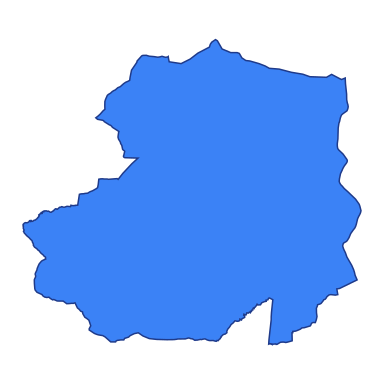 Apata, Brasov, Romania (Equal Earth projection)
{"feature_id": "2599482B72383256366849", "entity_name": "Apata", "entity_type": "district", "adm_level": 2, "iso_a3": "ROU", "parent_name": "Romania", "parent_adm1": "Brasov", "projection": "equal_earth", "projection_center": [25.479, 45.953], "detail": "fine", "context": "isolated", "style": "filled", "palette": "blue", "viewbox_px": 384, "rotation_deg": 0, "n_neighbors": 0, "source": "geoboundaries", "source_scale": "gbopen_adm2", "svg_char_len": 5882}
<svg xmlns="http://www.w3.org/2000/svg" viewBox="0 0 384 384"><path d="M357.1,279.9L355.1,275.2L354.5,272.5L353.6,269.6L351.7,265.3L346.9,257.0L345.4,252.7L343.7,249.2L342.8,246.5L342.7,245.7L343.3,243.5L344.0,242.8L346.0,241.7L346.8,241.1L347.6,240.0L349.0,237.7L350.7,233.6L353.3,229.9L354.7,228.2L355.6,226.4L356.3,224.3L357.6,218.8L358.6,216.6L359.6,214.8L360.5,212.8L361.0,210.7L359.9,206.3L359.2,204.3L355.6,199.2L347.7,191.6L344.2,188.5L342.3,186.2L340.7,184.6L339.7,182.9L339.2,181.4L339.4,179.0L340.5,173.7L342.2,170.1L342.7,168.8L344.2,166.1L346.3,163.3L347.1,161.9L347.3,160.7L347.0,159.6L343.1,154.1L338.7,149.9L337.7,148.5L337.3,145.9L337.3,143.6L337.9,138.9L338.2,128.0L338.9,123.3L339.6,121.4L340.3,118.1L340.9,116.4L341.5,115.0L342.7,113.9L347.0,110.8L347.8,108.8L348.2,106.8L347.9,104.7L347.3,102.9L346.7,99.7L346.6,94.1L345.5,83.8L345.2,78.0L341.6,79.5L339.8,78.7L331.6,74.4L326.5,77.3L309.9,76.7L302.8,74.2L291.4,72.3L279.2,69.1L269.3,68.3L265.2,66.0L259.0,63.6L249.9,61.0L245.8,60.5L241.9,57.9L239.3,53.4L237.1,52.6L230.7,52.6L222.1,49.0L217.4,40.8L215.5,39.6L211.7,42.2L210.3,44.3L209.4,47.1L197.9,53.1L190.1,59.1L181.1,63.6L169.2,61.8L168.6,59.1L168.2,56.5L167.6,57.0L165.4,57.3L162.0,56.3L159.8,56.9L157.8,57.2L154.0,56.6L149.3,56.2L146.3,55.3L142.8,55.4L141.7,55.9L137.1,61.0L136.8,62.4L131.5,70.2L130.1,77.3L129.7,80.3L128.4,81.1L125.6,82.3L123.6,83.7L120.2,86.7L117.8,87.7L115.3,89.9L113.8,90.6L112.3,91.5L110.5,93.2L108.4,94.4L107.3,95.4L105.5,99.5L104.9,101.5L104.8,105.3L104.9,109.3L103.0,110.9L100.1,114.2L97.9,116.2L95.8,117.8L97.5,119.3L102.8,120.3L103.7,120.8L104.2,121.6L109.4,124.9L110.6,125.3L111.7,126.3L112.4,127.3L118.9,131.5L118.6,132.4L118.1,135.9L118.0,137.2L118.6,139.3L120.0,141.5L120.6,142.9L120.6,143.5L121.8,145.4L122.6,149.3L123.4,150.2L124.3,150.7L124.7,151.3L123.8,155.2L123.5,155.9L123.5,156.6L124.0,157.3L124.9,157.7L138.0,158.1L131.9,163.7L122.9,173.3L118.1,179.4L117.2,178.6L108.4,179.3L107.1,179.0L104.3,179.0L102.4,178.8L100.4,178.9L98.8,179.2L98.2,184.6L97.6,187.6L96.4,188.6L92.5,190.8L90.1,191.7L87.6,193.2L85.0,193.4L83.9,193.7L80.9,193.9L79.4,194.3L77.7,205.2L75.3,205.3L75.1,205.6L74.0,205.5L73.2,205.7L72.2,205.5L71.9,205.6L71.0,205.2L70.5,206.6L67.0,206.3L64.5,207.2L63.5,207.2L62.0,206.7L61.5,206.7L60.9,207.1L59.5,207.3L59.1,207.6L58.6,208.3L58.0,208.6L57.5,209.2L56.9,209.3L56.2,208.8L55.4,208.8L54.6,209.6L54.0,210.1L53.7,210.6L53.2,210.8L52.8,211.3L52.4,211.4L51.1,212.3L50.3,212.2L48.5,211.1L47.6,211.3L46.6,210.9L44.5,210.9L43.9,211.2L43.8,211.5L43.5,211.2L42.5,211.8L42.5,212.3L41.9,212.4L42.2,212.9L42.2,213.1L41.6,213.0L41.6,213.5L41.4,213.5L40.8,213.1L40.6,213.4L40.3,213.5L40.0,214.1L39.6,214.3L39.6,214.6L38.8,214.9L38.9,215.3L39.2,215.6L39.2,215.8L38.7,216.3L38.7,216.9L37.8,217.5L37.6,218.1L37.2,218.3L36.7,219.0L36.0,219.4L35.4,220.0L34.2,220.2L32.6,221.3L31.8,221.3L31.4,221.0L31.4,220.7L31.0,220.4L30.8,220.6L30.9,221.5L30.6,221.6L30.1,221.2L30.0,220.9L29.6,220.7L29.2,221.2L29.1,221.6L28.2,222.3L26.9,222.8L25.6,222.6L24.5,223.0L23.1,224.4L23.1,224.6L23.4,224.9L23.0,225.9L23.4,226.3L23.3,227.6L23.3,228.4L24.1,230.1L24.0,230.4L23.5,231.2L23.5,231.6L24.0,232.1L24.2,232.9L26.8,235.8L29.0,237.6L30.8,239.6L31.8,240.4L32.1,240.9L32.5,242.4L32.9,243.0L33.1,243.5L33.4,244.0L33.3,245.2L34.5,247.1L36.8,248.7L38.0,250.1L39.3,250.9L39.5,251.4L41.1,253.3L43.1,254.9L44.3,256.4L44.9,256.6L45.5,257.2L45.6,257.7L45.4,258.4L45.7,259.0L42.9,260.3L41.5,261.1L39.3,263.7L38.5,265.3L37.2,268.4L36.9,270.0L35.3,273.4L35.2,274.4L35.6,275.7L35.6,276.9L34.5,279.2L34.3,279.9L34.4,283.7L34.8,288.7L35.2,290.1L37.0,292.3L42.1,294.6L42.6,295.6L44.5,297.0L46.8,297.5L48.9,297.2L50.5,298.6L52.7,299.9L53.8,299.5L57.2,301.0L63.2,301.1L66.7,303.7L69.1,303.6L71.9,303.3L73.3,303.4L75.0,302.8L77.4,307.9L79.2,309.4L80.7,311.2L82.5,311.9L82.8,313.7L84.8,317.2L86.8,318.5L88.9,320.2L90.7,325.6L90.7,325.9L89.2,328.7L89.2,330.0L94.3,333.4L96.5,334.3L98.5,334.9L102.8,335.6L105.2,337.0L110.7,341.9L115.6,341.9L116.0,341.1L117.2,340.4L121.0,339.9L123.8,339.9L124.6,338.4L128.6,337.1L130.2,335.6L134.4,333.6L138.3,332.8L143.0,336.0L149.3,338.6L156.6,339.4L167.0,339.7L173.9,339.6L176.4,339.3L177.8,339.0L185.3,338.9L188.4,338.0L189.4,338.1L191.1,338.8L192.3,338.8L193.9,339.7L194.6,340.2L195.1,340.3L195.6,340.1L197.2,340.1L200.4,339.4L201.5,339.6L202.8,339.2L205.0,338.9L206.0,339.3L206.6,339.7L208.3,340.3L209.8,340.6L213.2,340.5L214.3,340.9L216.2,341.3L216.7,341.0L217.1,340.4L218.1,340.7L219.5,339.1L220.1,338.8L220.6,337.8L221.2,337.1L221.1,336.5L222.0,335.9L222.7,335.0L224.2,334.2L224.8,334.2L225.4,333.9L226.9,332.7L226.8,331.1L228.0,328.8L229.2,327.5L230.5,325.6L231.0,324.6L233.2,322.9L235.0,320.8L237.2,321.3L238.6,321.1L239.7,320.6L239.9,319.1L241.5,320.0L242.1,318.6L243.9,317.9L244.8,317.1L244.5,315.9L243.7,315.3L243.9,314.2L245.9,315.0L246.6,313.7L246.7,313.0L246.9,312.8L248.3,313.1L249.3,312.2L250.4,312.8L250.6,312.3L250.5,311.3L250.8,311.2L251.2,311.5L251.5,311.4L251.9,310.1L252.8,310.0L253.1,308.4L254.1,308.5L253.9,307.8L255.2,307.1L256.5,305.4L257.1,304.2L257.9,305.0L260.5,304.8L261.7,302.8L264.2,301.7L266.2,301.3L266.0,300.2L267.9,299.8L268.5,298.3L269.5,298.0L272.8,299.7L271.5,312.3L271.2,316.9L271.2,319.7L269.0,339.5L268.7,344.0L269.2,343.7L269.9,343.7L270.0,344.0L270.7,343.9L271.6,344.3L271.4,343.9L273.0,344.2L275.8,343.9L276.1,344.4L277.1,344.3L280.4,342.3L282.0,342.1L283.9,342.1L285.8,342.5L288.0,342.0L292.2,340.8L292.0,332.8L292.8,332.7L292.8,331.4L295.6,331.1L297.5,330.4L300.3,329.2L302.0,327.9L304.3,327.7L310.3,325.9L310.8,325.1L311.1,324.2L311.7,323.2L312.3,322.8L313.1,322.5L315.3,322.6L316.3,319.8L317.0,316.5L316.5,312.9L316.4,308.2L317.3,306.2L317.6,304.7L320.0,304.0L321.1,303.4L323.1,300.9L323.7,299.8L325.1,299.3L326.0,298.3L327.0,296.6L329.1,294.9L330.8,294.6L335.4,295.1L337.8,294.6L336.8,288.9L339.5,288.5L357.1,279.9Z" fill="#3b82f6" stroke="#1e3a8a" stroke-width="1.5"/></svg>